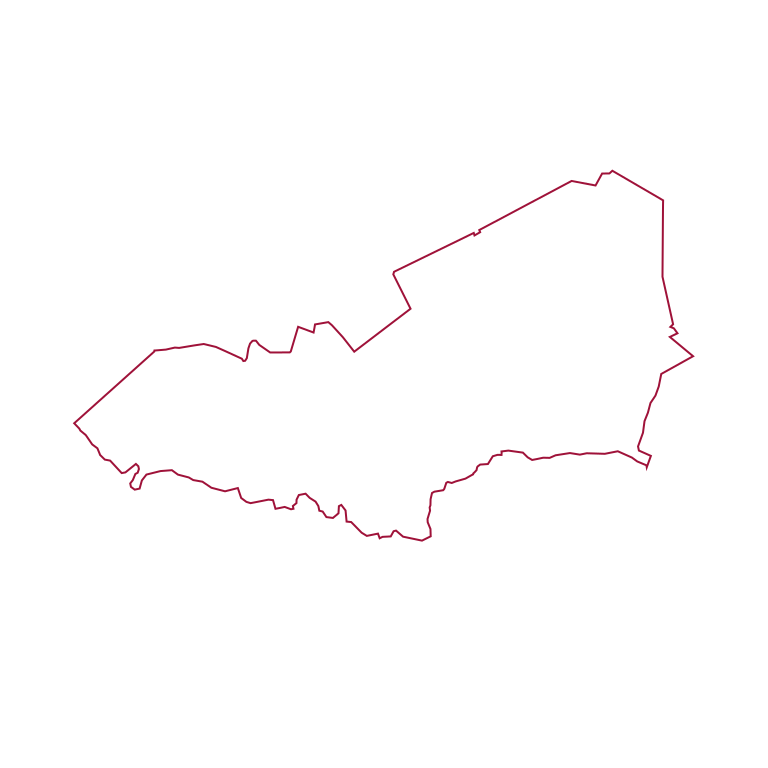 Harare Rural, Harare, Zimbabwe (Robinson projection), rotated 348°
{"feature_id": "62879985B75244512710705", "entity_name": "Harare Rural", "entity_type": "district", "adm_level": 2, "iso_a3": "ZWE", "parent_name": "Zimbabwe", "parent_adm1": "Harare", "projection": "robinson", "projection_center": [31.007, -17.946], "detail": "fine", "context": "isolated", "style": "outline", "palette": "rose", "viewbox_px": 768, "rotation_deg": 348, "n_neighbors": 0, "source": "geoboundaries", "source_scale": "gbopen_adm2", "svg_char_len": 2437}
<svg xmlns="http://www.w3.org/2000/svg" viewBox="0 0 768 768"><g transform="rotate(348 384 384)"><path d="M484.2,477.8L484.8,475.5L484.9,474.4L491.8,475.0L505.6,480.0L509.3,485.6L513.1,489.1L518.1,489.2L524.4,489.2L530.7,490.7L537.0,489.4L551.5,490.2L560.9,493.8L567.9,493.9L585.5,498.2L592.4,498.3L598.7,498.4L611.2,507.5L615.6,512.4L623.8,518.1L623.7,520.1L628.8,511.9L630.1,509.8L619.5,502.1L619.5,497.9L627.2,485.5L631.1,474.5L636.2,466.9L640.7,458.0L647.1,451.8L652.2,443.6L657.3,431.8L692.1,421.1L673.4,397.4L681.6,395.4L679.1,389.8L676.0,387.7L679.2,385.7L678.7,337.0L693.1,271.6L694.4,265.8L695.2,262.4L651.7,222.9L648.3,224.9L641.1,223.5L632.2,233.8L609.7,224.4L509.2,253.2L509.6,255.5L503.4,257.5L503.2,254.9L417.2,276.3L415.9,278.7L425.6,315.9L361.6,346.2L353.5,329.7L345.3,315.7L342.4,311.9L328.9,311.4L327.7,314.5L325.8,319.0L311.9,310.2L299.6,332.8L298.4,333.5L279.2,329.5L270.1,319.8L268.1,315.7L267.7,315.0L265.3,314.5L264.3,314.5L261.4,316.6L258.8,320.9L255.2,330.2L253.0,332.4L251.2,332.3L250.2,329.7L235.8,319.0L227.3,312.8L216.0,307.4L206.4,306.8L191.1,306.1L187.0,304.9L177.8,305.0L167.6,303.7L166.4,303.5L166.0,304.5L72.8,358.0L76.7,364.3L77.3,366.4L81.7,372.0L86.0,382.4L90.3,387.3L91.4,393.3L91.5,394.3L95.2,399.9L100.2,402.0L108.9,416.6L112.7,416.7L124.7,410.6L126.6,413.4L126.6,416.2L124.6,419.6L122.1,420.3L118.3,425.8L115.1,428.5L115.1,432.0L118.2,435.5L120.7,435.5L123.2,435.5L127.1,428.0L132.8,423.2L147.3,422.7L158.6,424.2L163.6,429.8L173.6,434.8L177.4,438.3L186.1,441.8L193.6,449.6L206.2,455.9L219.4,455.4L220.6,465.8L224.9,470.7L228.7,472.8L233.7,472.9L240.0,473.0L246.9,473.1L251.3,474.5L251.9,483.5L256.3,483.6L261.3,483.6L267.0,487.2L269.5,487.2L269.5,484.4L273.6,482.3L274.4,479.0L277.6,474.9L284.5,475.0L287.6,479.9L292.6,484.8L294.4,489.7L294.4,494.5L297.5,496.0L300.0,502.2L306.2,504.4L312.6,501.0L314.5,494.1L317.1,493.4L320.1,499.7L318.8,510.8L323.2,512.2L331.2,524.8L335.6,529.0L347.0,529.1L347.7,534.0L350.8,533.2L358.9,534.5L362.8,530.0L365.3,529.9L370.9,537.3L388.6,545.1L398.0,542.7L399.3,535.5L398.0,528.3L398.5,525.1L402.7,517.5L403.0,514.2L404.2,512.3L405.6,506.4L408.3,500.6L410.9,499.8L419.8,500.2L421.1,499.2L424.4,493.6L426.1,493.1L429.7,494.9L433.8,494.2L444.0,493.5L450.9,491.3L452.4,490.9L452.7,490.1L454.2,489.2L456.6,487.5L457.2,486.1L457.8,484.8L458.5,484.1L461.3,482.8L469.0,483.9L475.4,477.3L480.2,476.9L484.2,477.8Z" fill="none" stroke="#9f1239" stroke-width="2"/></g></svg>